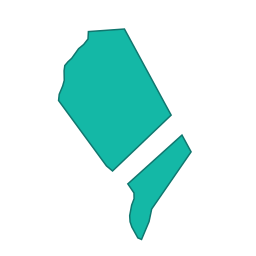 map outline of Palauli (Mercator projection), rotated 60°
{"feature_id": "WSM-4994", "entity_name": "Palauli", "entity_type": "state/province", "adm_level": 1, "iso_a3": "WSM", "parent_name": "Samoa", "parent_adm1": "", "projection": "mercator", "projection_center": [-172.407, -13.719], "detail": "fine", "context": "isolated", "style": "filled", "palette": "teal", "viewbox_px": 256, "rotation_deg": 60, "n_neighbors": 0, "source": "natural_earth", "source_scale": "10m", "svg_char_len": 537}
<svg xmlns="http://www.w3.org/2000/svg" viewBox="0 0 256 256"><g transform="rotate(60 128 128)"><path d="M157.5,162.9L150.1,165.6L69.5,174.4L64.4,170.7L59.0,163.6L54.9,159.4L46.4,154.7L42.3,151.5L40.6,146.8L39.5,141.9L34.6,131.1L33.5,124.6L30.9,118.1L24.7,114.1L40.5,81.6L126.3,83.9L138.4,84.2L157.5,162.9ZM231.3,172.0L228.1,174.4L215.7,174.2L210.3,173.1L204.8,170.4L196.6,163.4L192.3,158.1L187.2,155.3L176.3,156.1L161.1,84.8L180.2,85.3L210.0,148.0L219.6,156.6L231.3,172.0Z" fill="#14b8a6" stroke="#0f766e" stroke-width="1.5"/></g></svg>